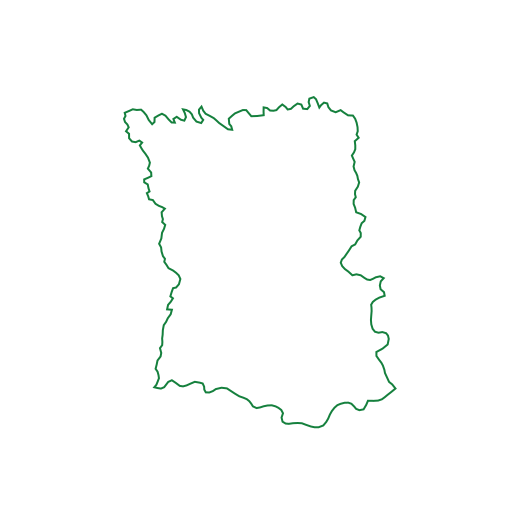 Varjão de Minas, Minas Gerais, Brazil (Mercator projection), rotated 247°
{"feature_id": "56859067B57978075646781", "entity_name": "Varjão de Minas", "entity_type": "district", "adm_level": 2, "iso_a3": "BRA", "parent_name": "Brazil", "parent_adm1": "Minas Gerais", "projection": "mercator", "projection_center": [-45.92, -18.46], "detail": "fine", "context": "isolated", "style": "outline", "palette": "green", "viewbox_px": 512, "rotation_deg": 247, "n_neighbors": 0, "source": "geoboundaries", "source_scale": "gbopen_adm2", "svg_char_len": 4196}
<svg xmlns="http://www.w3.org/2000/svg" viewBox="0 0 512 512"><g transform="rotate(247 256 256)"><path d="M357.2,390.9L357.2,385.5L360.7,381.9L364.7,380.8L368.6,381.2L370.6,378.5L369.4,374.8L367.9,372.3L372.7,372.5L376.9,372.5L379.7,371.2L380.0,366.6L377.1,364.6L373.1,364.2L371.2,360.6L373.2,356.9L377.7,356.9L380.1,353.8L379.1,349.2L377.8,345.6L378.5,342.4L381.6,341.5L385.2,339.4L383.9,335.2L382.3,331.8L382.9,328.8L384.4,325.8L387.8,324.1L389.8,321.1L386.0,319.4L382.6,318.1L384.4,311.8L386.5,306.3L390.7,305.0L394.1,304.0L395.5,300.9L395.5,297.1L395.5,292.4L394.5,289.0L393.0,284.6L388.0,283.0L385.1,283.9L381.5,283.4L383.6,279.7L387.4,277.4L390.3,275.6L392.9,274.0L396.3,272.5L399.4,271.0L402.9,268.3L406.6,265.2L410.4,264.2L414.8,264.2L413.0,260.7L409.7,259.4L404.6,259.7L401.9,260.6L399.8,257.5L403.0,253.7L407.9,252.2L411.5,252.3L414.8,251.2L417.6,248.9L419.5,246.1L415.3,246.3L411.2,245.8L408.6,242.9L410.8,240.1L415.1,237.4L414.4,233.5L410.5,233.4L411.9,230.5L415.9,228.9L420.5,227.5L423.7,225.0L423.5,221.3L422.9,216.7L419.0,214.9L417.9,211.9L423.1,210.4L428.3,210.1L432.6,208.8L435.6,207.4L437.0,203.3L439.2,199.9L439.1,196.5L439.1,191.1L435.9,190.6L433.9,188.1L430.5,187.8L427.3,189.0L424.2,189.1L421.6,185.1L418.1,186.9L414.0,185.2L409.8,186.6L407.8,189.7L407.8,193.7L404.9,195.5L403.2,192.3L400.1,192.6L397.1,193.1L393.4,194.1L388.7,195.0L383.4,194.8L380.8,192.9L378.7,190.6L373.8,192.1L370.4,190.9L370.2,187.3L370.2,183.0L367.5,181.9L364.2,184.3L360.2,183.5L357.0,183.2L356.5,180.1L353.0,180.1L350.0,179.7L347.8,182.9L343.3,183.9L340.1,186.2L337.8,188.6L335.2,190.6L333.1,186.2L329.4,185.0L326.3,184.7L323.9,182.9L320.1,184.6L316.9,181.9L314.1,178.6L309.1,175.7L305.1,171.6L301.0,172.0L297.0,170.8L292.2,170.3L289.0,171.1L286.5,169.3L283.0,170.1L279.0,170.7L275.0,174.0L271.7,175.9L268.4,177.3L264.4,177.4L260.1,174.0L258.2,170.1L258.8,167.1L255.8,164.3L252.3,161.4L249.5,163.0L247.2,159.7L245.4,156.0L241.6,153.3L239.4,157.6L235.7,154.7L233.2,150.5L230.5,147.5L228.4,144.1L224.2,141.3L220.0,139.3L216.8,137.4L213.4,136.2L210.6,134.8L208.7,131.6L203.8,130.9L200.8,128.9L198.3,124.5L194.8,122.1L191.4,119.5L188.0,120.2L184.4,119.7L181.4,118.9L178.9,116.5L176.4,114.0L174.9,111.1L172.9,113.8L171.1,116.7L171.1,120.2L172.8,123.2L174.4,126.0L174.5,130.0L170.5,132.6L166.2,135.1L164.5,137.9L164.0,141.5L164.1,145.6L164.1,150.5L161.4,154.7L159.5,157.1L156.0,157.2L153.2,156.2L150.1,156.5L148.6,159.7L148.5,163.6L149.2,167.0L148.2,172.8L145.5,177.5L137.7,182.7L133.4,185.8L130.4,189.1L127.8,191.6L125.0,193.1L122.0,193.9L118.8,194.4L115.8,197.1L115.0,200.7L114.7,204.2L113.9,208.2L112.4,212.2L109.9,215.3L107.5,217.3L104.4,219.1L100.7,219.4L97.3,216.4L93.1,215.7L90.2,217.8L88.7,220.6L87.6,224.8L86.0,229.1L84.1,232.9L81.4,235.7L77.6,239.9L75.4,243.1L73.9,246.7L73.7,251.7L75.8,255.8L78.1,258.9L81.2,262.1L83.6,265.2L85.7,269.0L86.9,272.6L86.9,276.0L86.3,280.2L84.9,283.7L82.7,286.1L79.0,287.6L76.2,288.4L73.7,290.9L72.8,295.1L75.9,299.3L79.0,302.5L76.7,307.7L75.2,311.9L74.9,315.9L75.7,319.3L76.7,322.6L77.9,327.1L79.5,332.6L84.6,331.2L88.1,329.3L97.9,329.0L101.1,329.7L105.6,330.0L108.7,329.7L112.6,328.7L116.9,327.8L120.6,329.3L121.3,336.4L123.1,342.6L127.8,345.8L131.2,346.4L134.1,345.6L136.6,342.6L137.5,338.8L139.8,335.9L143.4,334.9L148.0,335.4L152.2,336.8L156.5,339.0L160.1,340.9L163.2,342.1L166.2,343.0L168.1,345.6L169.1,349.1L169.5,353.3L169.1,358.9L172.7,359.7L176.7,357.7L180.5,358.5L183.9,360.9L185.7,364.9L188.8,362.4L189.6,357.9L189.3,354.8L189.3,351.7L190.9,349.1L193.4,347.3L197.3,344.9L199.9,341.3L200.6,337.2L205.6,334.9L209.3,332.7L213.0,331.4L216.7,331.4L219.2,333.7L220.5,337.0L222.5,340.1L224.7,343.6L227.6,347.8L227.9,351.8L230.7,355.4L232.8,359.9L236.2,361.4L239.2,361.1L242.1,363.4L244.9,366.1L246.0,369.5L249.1,372.0L253.6,369.1L257.1,365.3L261.7,366.1L265.8,366.2L269.3,367.8L271.1,370.8L274.3,371.3L277.3,372.8L280.0,376.8L283.4,379.7L287.0,379.9L290.2,380.6L293.4,380.6L296.4,380.2L300.3,380.8L304.1,383.6L307.7,383.5L311.0,383.5L313.1,386.7L315.5,389.1L319.0,390.6L323.1,391.8L324.7,396.7L328.4,396.0L331.1,398.4L334.9,399.8L339.4,400.7L343.6,400.9L347.4,400.1L349.5,395.7L354.2,392.6L357.2,390.9Z" fill="none" stroke="#15803d" stroke-width="2"/></g></svg>